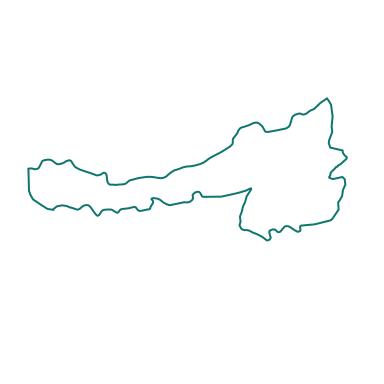 the district of Ayutla, San Marcos, Guatemala, rotated 77°
{"feature_id": "79465075B23985435861738", "entity_name": "Ayutla", "entity_type": "district", "adm_level": 2, "iso_a3": "GTM", "parent_name": "Guatemala", "parent_adm1": "San Marcos", "projection": "equal_earth", "projection_center": [-92.138, 14.706], "detail": "fine", "context": "isolated", "style": "outline", "palette": "teal", "viewbox_px": 384, "rotation_deg": 77, "n_neighbors": 0, "source": "geoboundaries", "source_scale": "gbopen_adm2", "svg_char_len": 5001}
<svg xmlns="http://www.w3.org/2000/svg" viewBox="0 0 384 384"><g transform="rotate(77 192 192)"><path d="M250.8,63.4L249.8,61.3L242.1,53.1L235.2,52.0L231.9,48.6L229.6,46.6L224.1,44.5L219.3,40.9L213.9,40.3L211.2,42.1L211.1,51.8L209.0,55.0L208.3,55.0L206.9,53.5L205.6,53.2L204.1,52.2L201.4,47.7L200.0,45.9L200.0,44.6L199.0,43.5L198.5,41.5L195.1,35.2L194.1,33.7L192.8,33.4L190.2,35.3L187.4,36.2L185.4,35.9L179.9,47.2L175.4,47.8L172.7,46.9L165.0,41.8L159.5,41.2L150.1,38.0L138.2,36.9L134.0,38.2L131.2,39.5L131.6,40.7L132.2,42.0L134.1,46.9L135.5,49.2L136.5,50.9L137.3,52.2L137.9,53.3L138.5,54.3L138.7,55.1L138.9,56.1L139.0,57.0L139.3,58.1L139.6,59.0L139.8,59.7L141.1,62.4L141.5,63.4L141.6,64.4L141.6,65.3L141.6,66.0L141.1,67.3L140.3,68.3L139.9,69.0L139.6,70.0L139.8,72.7L139.9,73.8L140.1,74.6L140.6,75.9L141.0,76.6L141.7,77.5L145.6,79.7L147.4,80.7L148.7,81.5L149.8,82.4L150.5,83.9L150.9,85.0L151.2,86.2L151.2,88.1L151.0,95.4L150.7,102.3L150.6,103.4L150.5,104.7L150.3,105.7L150.0,106.4L149.1,107.2L148.4,107.4L146.9,107.8L144.1,108.6L143.4,109.0L142.1,109.9L139.9,111.7L139.2,112.8L138.8,113.8L138.7,114.6L138.7,115.4L138.7,116.6L138.9,118.0L139.2,119.3L139.6,121.1L139.8,122.3L140.2,126.8L140.3,128.3L140.3,129.3L140.5,130.0L140.9,131.0L141.3,131.5L141.9,132.2L142.3,132.8L143.3,133.6L144.1,134.1L144.7,134.4L145.8,135.7L148.7,139.3L149.5,140.1L150.8,140.7L151.5,140.8L152.2,140.9L153.3,141.2L154.0,141.6L154.6,142.1L155.1,142.8L155.8,144.0L156.5,145.4L159.6,154.3L160.2,156.6L162.0,163.8L162.6,165.7L163.0,167.1L163.5,168.4L164.6,170.7L166.0,174.4L166.3,176.2L166.5,177.2L166.7,179.1L166.7,180.5L166.8,181.9L166.8,184.6L166.7,186.4L166.6,187.8L166.2,189.8L166.0,191.6L165.9,193.9L166.0,195.0L166.1,196.4L166.6,199.3L166.8,201.8L166.9,203.6L167.0,204.7L167.4,205.9L167.9,207.2L168.3,208.1L168.8,209.4L170.1,211.9L171.1,213.6L171.4,214.6L171.7,216.4L171.7,217.5L171.6,218.7L171.3,219.9L170.9,221.2L168.8,226.3L167.9,229.0L167.3,231.5L166.9,234.4L166.6,238.4L166.4,241.7L166.6,247.0L166.6,249.1L166.7,250.2L167.3,251.6L168.4,253.6L168.8,254.5L169.0,255.2L169.1,256.0L169.0,257.4L168.7,259.5L168.3,261.5L168.0,264.3L166.8,268.3L166.6,269.6L166.2,270.5L165.2,271.4L164.6,271.7L163.8,271.9L163.1,272.0L161.0,272.0L160.0,271.9L158.7,271.7L157.2,271.5L156.1,271.5L154.9,271.8L154.2,272.2L153.5,273.1L153.4,273.9L153.7,275.1L154.1,275.9L154.4,276.6L154.5,277.7L154.6,278.7L154.6,279.8L154.4,280.7L154.1,281.7L153.6,282.3L150.2,287.5L147.8,291.6L144.9,296.2L143.6,297.8L142.2,299.3L141.5,300.0L140.5,300.6L138.7,301.4L137.5,301.9L136.5,302.2L135.4,302.5L134.7,302.8L134.1,303.2L133.5,304.4L133.5,305.8L133.6,307.0L133.7,307.9L134.3,309.4L134.6,310.3L134.9,311.4L134.9,312.2L135.0,315.1L134.8,316.3L134.3,317.5L132.1,319.4L130.4,320.8L129.7,321.4L128.8,322.9L128.2,324.3L128.0,325.5L127.8,329.1L128.0,330.0L128.4,331.1L131.9,334.0L133.2,335.1L134.1,336.0L134.5,336.9L134.6,338.1L134.6,339.5L134.2,340.7L133.6,341.7L133.1,342.6L132.8,343.7L132.6,344.9L132.5,346.2L136.2,346.9L154.3,350.6L156.7,350.2L157.5,350.3L163.4,348.6L170.7,341.8L176.0,336.6L177.6,332.6L177.8,331.8L177.8,331.3L177.8,331.1L178.1,331.3L178.2,331.1L177.5,330.8L175.6,327.0L175.8,321.5L177.5,317.2L178.2,316.2L179.3,315.1L179.5,314.3L181.3,311.1L183.0,308.5L183.4,307.6L183.4,306.3L182.9,304.7L182.1,303.2L181.2,301.4L180.9,300.1L181.0,297.7L181.6,296.1L182.7,295.0L183.9,294.3L187.5,292.8L191.1,291.3L192.9,290.3L193.9,289.4L193.6,287.8L190.3,284.2L189.8,283.2L189.6,282.2L189.8,279.9L190.3,277.1L190.6,276.0L191.0,274.6L191.5,273.8L194.4,271.0L195.5,269.3L195.3,268.6L194.8,267.9L193.2,265.9L192.9,265.2L192.9,263.4L193.3,260.4L193.6,257.0L193.5,252.1L193.7,251.1L194.3,250.3L197.4,248.8L198.5,247.7L198.8,246.4L198.9,244.8L199.0,242.6L199.0,239.2L199.3,237.4L198.7,236.4L198.0,236.2L197.1,235.6L196.2,234.8L195.2,233.8L194.3,232.9L193.6,232.4L192.5,232.2L191.7,232.1L191.0,232.5L189.8,233.1L189.3,232.5L189.2,231.2L190.4,227.8L191.2,226.4L192.3,225.0L193.6,223.9L195.6,222.4L197.7,220.1L198.8,218.6L199.9,216.4L200.2,202.0L200.8,200.1L201.2,197.8L201.1,196.4L200.7,195.4L199.8,193.6L198.7,192.6L197.0,192.2L195.1,192.1L194.0,190.8L193.2,189.1L193.0,187.4L193.2,185.8L193.6,185.1L194.5,184.4L195.8,183.8L197.2,183.6L198.5,183.1L199.1,182.4L199.4,181.5L203.1,164.5L203.3,151.9L203.2,145.6L202.8,139.3L201.7,134.4L202.0,133.6L202.7,133.8L203.4,134.4L208.5,139.7L213.7,142.5L217.6,145.6L222.0,147.7L226.7,150.8L232.0,151.4L235.0,153.2L238.5,152.4L239.9,151.3L240.5,150.4L241.1,148.9L241.3,147.8L241.7,146.5L242.4,145.1L245.2,141.8L247.9,137.9L251.4,133.8L253.7,131.8L255.9,130.1L256.1,129.4L256.2,128.3L255.7,127.0L255.1,126.2L254.2,125.6L249.1,125.8L247.5,125.4L247.0,124.4L246.6,121.9L247.2,119.7L248.4,118.7L250.0,117.7L250.4,117.2L250.7,116.3L250.6,115.2L250.1,114.3L249.6,113.7L246.5,109.5L246.5,107.8L246.7,106.9L246.9,106.1L247.5,105.3L248.0,104.6L250.1,102.6L252.4,100.5L253.6,99.1L254.4,98.2L254.6,97.3L254.3,95.5L253.3,94.8L250.4,94.6L249.7,94.1L249.3,93.2L251.1,79.7L250.8,63.4Z" fill="none" stroke="#0f766e" stroke-width="2"/></g></svg>